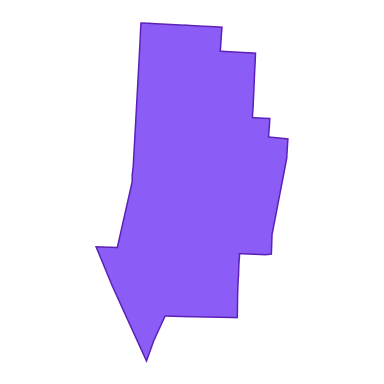 outline of Stefan Cel Mare, Calarasi, Romania
{"feature_id": "2599482B78620668788752", "entity_name": "Stefan Cel Mare", "entity_type": "district", "adm_level": 2, "iso_a3": "ROU", "parent_name": "Romania", "parent_adm1": "Calarasi", "projection": "albers", "projection_center": [27.635, 44.434], "detail": "fine", "context": "isolated", "style": "filled", "palette": "violet", "viewbox_px": 384, "rotation_deg": 0, "n_neighbors": 0, "source": "geoboundaries", "source_scale": "gbopen_adm2", "svg_char_len": 1331}
<svg xmlns="http://www.w3.org/2000/svg" viewBox="0 0 384 384"><path d="M146.5,361.0L153.7,340.8L165.1,316.0L185.2,316.6L232.5,317.5L234.9,317.6L237.3,317.6L237.4,313.2L237.5,303.2L237.6,296.2L237.8,289.0L238.2,279.1L238.5,276.2L238.6,272.4L238.7,270.4L238.8,267.5L238.8,266.0L239.0,262.6L239.2,259.4L239.4,258.0L239.5,253.7L245.5,253.9L265.7,254.7L271.3,254.1L271.4,253.5L272.0,235.1L272.0,234.7L273.2,228.5L276.2,213.0L278.0,203.6L279.8,194.2L282.8,178.8L285.0,167.3L286.7,158.4L286.9,154.6L287.9,138.9L278.2,137.9L268.5,137.0L269.2,127.7L269.4,126.3L269.6,122.4L269.8,118.5L263.0,118.2L252.5,117.6L252.5,114.8L253.0,109.0L253.4,100.2L254.2,82.6L254.5,75.0L255.2,60.7L255.4,55.9L255.5,53.2L255.1,53.1L249.4,52.8L246.7,52.7L241.3,52.4L234.7,52.0L233.9,52.0L227.4,51.6L220.3,51.2L220.6,46.6L221.2,38.1L221.3,35.7L222.0,27.2L221.9,27.2L214.1,26.7L201.0,26.1L190.5,25.5L186.7,25.2L181.8,25.1L174.8,24.7L167.0,24.3L155.0,23.7L151.0,23.4L150.7,23.4L149.8,23.3L148.4,23.3L148.0,23.2L146.0,23.2L145.0,23.1L144.0,23.1L142.4,23.1L141.9,23.0L141.7,23.0L141.4,23.0L140.9,23.1L140.9,24.4L140.7,27.8L140.4,33.4L140.3,37.1L140.3,37.3L140.2,38.8L140.1,40.3L140.1,40.7L140.1,40.9L136.2,112.5L133.2,166.6L132.2,175.1L132.2,181.7L117.3,247.5L96.1,246.8L112.0,285.3L125.4,314.8L146.5,361.0Z" fill="#8b5cf6" stroke="#5b21b6" stroke-width="1.5"/></svg>